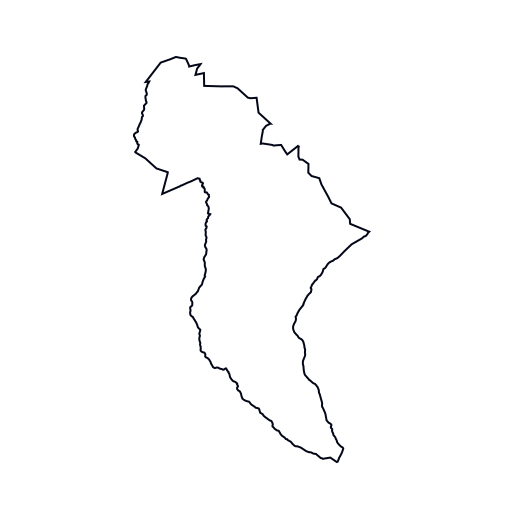 Bulilima, Matabeleland South, Zimbabwe, rotated 228°
{"feature_id": "62879985B39326733261715", "entity_name": "Bulilima", "entity_type": "district", "adm_level": 2, "iso_a3": "ZWE", "parent_name": "Zimbabwe", "parent_adm1": "Matabeleland South", "projection": "robinson", "projection_center": [27.403, -20.155], "detail": "fine", "context": "isolated", "style": "outline", "palette": "ink", "viewbox_px": 512, "rotation_deg": 228, "n_neighbors": 0, "source": "geoboundaries", "source_scale": "gbopen_adm2", "svg_char_len": 6097}
<svg xmlns="http://www.w3.org/2000/svg" viewBox="0 0 512 512"><g transform="rotate(228 256 256)"><path d="M413.4,235.8L402.6,239.1L387.7,240.6L377.3,246.5L376.6,245.7L364.9,227.8L358.7,246.2L358.6,247.2L358.1,248.2L356.3,254.1L355.0,257.5L352.9,264.6L351.2,265.8L350.2,265.1L349.4,265.2L348.6,264.4L347.5,264.6L346.4,265.3L345.6,265.3L345.3,264.9L344.7,263.2L343.7,262.5L343.3,262.6L342.9,263.3L342.7,263.4L341.9,262.7L341.2,263.0L340.6,262.9L339.3,262.1L338.7,261.4L337.7,260.7L337.2,260.9L336.5,261.7L335.9,262.0L334.2,261.6L332.9,261.9L332.4,261.2L331.4,260.8L331.2,260.4L330.8,258.4L330.0,256.8L329.9,255.7L329.5,254.9L327.1,254.2L326.4,253.6L325.6,253.8L324.6,253.7L323.1,252.9L322.5,252.3L320.3,249.4L319.7,248.8L319.3,248.9L318.6,249.5L317.7,250.0L317.5,249.4L317.5,248.2L317.3,247.7L317.3,247.1L317.0,246.5L316.3,245.8L316.2,244.5L316.0,243.8L315.7,243.5L315.7,243.3L314.5,242.7L314.4,242.3L314.5,241.5L313.7,240.1L313.1,239.5L312.1,238.8L311.3,239.1L310.8,239.0L309.9,237.7L309.6,236.4L309.4,235.9L307.5,234.8L305.1,232.4L303.2,231.8L302.6,231.4L301.6,229.8L300.0,228.6L298.4,225.4L296.7,224.3L294.6,224.0L293.0,222.9L292.2,221.7L291.3,220.9L290.6,219.9L289.7,216.6L288.6,214.9L288.1,214.6L286.0,213.9L285.1,213.3L282.9,211.3L279.8,209.9L278.7,208.9L277.7,207.6L275.9,204.9L275.6,204.6L274.8,204.5L273.9,201.7L272.5,199.0L271.1,197.0L270.9,196.1L270.6,193.2L270.4,192.4L268.6,189.0L268.6,187.8L268.2,186.1L268.3,183.2L268.5,182.1L268.2,180.1L267.4,178.9L266.7,178.2L265.0,178.0L264.2,177.7L262.2,175.8L261.9,175.1L262.0,173.2L261.6,172.4L259.1,170.7L258.3,169.4L256.9,168.3L256.2,167.9L255.0,167.8L253.6,168.0L253.1,168.3L252.6,168.2L252.1,168.1L251.8,167.9L249.0,167.5L245.8,166.8L243.9,166.1L241.9,165.1L239.9,165.1L238.6,165.3L238.1,164.9L236.2,161.9L235.6,161.5L234.4,161.1L233.9,160.5L233.3,159.4L232.2,158.3L230.8,157.3L228.7,156.5L228.0,155.5L226.8,154.6L225.7,154.3L224.8,153.4L224.1,153.0L223.3,151.9L222.5,151.5L220.7,151.7L218.7,153.0L216.9,152.6L215.3,151.0L214.4,150.9L212.7,151.7L210.6,151.9L207.6,151.3L206.2,150.6L203.6,150.1L202.3,149.7L200.6,150.2L200.2,150.5L199.2,152.5L198.2,153.2L196.2,153.9L194.6,155.1L193.6,155.4L193.1,156.1L192.9,157.8L192.6,158.5L192.0,158.5L190.2,158.0L188.3,157.9L188.3,157.7L186.0,157.2L183.4,155.7L180.6,155.2L178.2,155.3L176.5,156.3L173.9,156.7L173.7,156.6L173.1,155.9L172.1,155.8L171.2,155.4L170.6,153.5L169.4,152.9L168.1,152.8L166.4,153.4L165.0,153.1L163.5,152.6L161.4,151.4L159.2,150.5L158.0,150.6L156.1,151.1L154.0,152.2L152.6,153.2L152.0,153.4L149.8,153.1L148.5,153.2L144.5,154.2L143.6,154.2L140.9,156.0L140.5,156.0L139.5,155.6L136.9,154.3L136.3,154.3L135.5,154.7L134.0,155.1L132.1,154.8L130.4,155.0L128.6,155.4L124.9,156.1L123.4,156.9L121.8,156.8L119.9,156.0L119.5,155.7L118.9,154.7L118.2,154.2L116.7,154.4L115.5,154.2L112.5,154.8L110.9,155.9L108.7,155.5L107.9,155.2L105.3,155.0L102.7,155.6L101.4,155.8L100.1,155.7L99.4,156.1L98.9,156.6L98.0,156.4L94.9,157.5L93.6,157.6L92.7,157.4L92.0,157.4L89.0,157.7L87.9,158.3L86.8,159.5L85.1,160.3L83.7,161.1L77.5,162.7L74.9,164.0L73.4,165.4L70.6,166.5L68.8,168.1L62.5,168.9L61.8,169.6L60.6,169.9L56.5,176.3L48.8,178.2L48.5,179.0L48.7,179.6L50.3,182.6L52.0,187.4L53.1,189.6L54.6,192.1L54.8,192.2L56.0,192.2L57.3,191.7L59.7,191.5L61.6,191.5L63.3,191.7L65.0,192.6L66.6,192.9L67.1,193.2L68.5,193.6L69.6,193.7L70.6,193.7L71.3,193.8L72.5,194.6L74.0,195.0L75.4,195.6L76.1,196.6L76.5,196.8L78.3,196.8L78.8,197.1L79.7,198.7L80.4,199.2L82.4,198.9L83.5,198.4L86.7,198.5L91.8,201.7L93.6,202.5L98.2,204.0L99.8,204.3L100.5,204.8L102.3,206.6L103.1,207.1L111.0,211.0L111.9,211.2L113.1,211.9L114.1,212.8L117.1,214.0L118.7,214.1L119.3,214.3L120.5,214.2L121.4,214.3L123.0,213.5L124.1,213.3L127.1,213.0L128.5,212.6L130.0,212.8L131.2,212.7L132.3,212.8L134.8,212.8L136.2,213.3L138.9,214.9L142.5,217.6L144.5,218.6L146.6,220.7L148.8,225.2L149.7,226.5L151.8,228.0L153.3,229.7L155.7,230.9L157.5,232.2L160.7,233.8L162.0,234.1L163.6,234.1L166.0,233.2L167.4,233.2L169.2,233.6L170.5,233.4L173.7,233.5L174.9,233.9L177.1,234.9L178.8,236.4L180.1,238.8L181.1,241.8L182.6,243.8L184.2,244.6L184.5,245.1L184.6,246.4L185.7,248.5L187.0,252.3L187.9,258.2L188.4,259.0L188.6,259.0L188.8,259.7L189.3,260.5L190.7,263.7L192.1,267.9L192.1,268.7L192.3,269.7L192.4,272.6L192.8,273.2L194.1,274.9L194.6,275.1L195.3,275.1L195.7,275.3L196.7,277.7L197.2,278.3L197.3,279.6L198.1,283.5L197.9,283.7L197.9,285.7L198.7,287.3L198.9,287.8L198.9,288.2L198.4,289.9L198.5,291.5L199.3,294.2L200.0,295.6L200.7,296.6L201.2,297.5L200.8,299.4L200.9,299.9L202.0,303.9L202.1,306.2L201.6,308.4L201.0,309.8L200.9,310.9L201.0,312.2L200.2,314.3L200.0,315.3L199.9,318.0L200.4,325.0L200.7,335.0L198.2,346.5L198.2,349.4L197.6,350.4L197.4,351.4L197.8,353.6L198.3,354.8L198.3,356.4L216.9,347.5L220.6,350.3L235.0,351.6L244.6,347.3L251.7,349.3L265.3,352.5L271.5,355.1L278.3,350.8L282.9,350.6L289.3,356.6L296.5,355.0L298.5,352.9L301.5,354.0L307.9,359.9L308.7,361.0L309.0,360.8L309.7,360.8L310.6,347.2L314.0,347.6L321.7,349.0L325.2,344.5L326.0,343.2L327.8,342.3L335.1,336.3L336.2,334.6L340.8,340.1L344.2,344.6L345.1,345.3L346.0,350.6L344.8,355.2L344.6,355.4L360.8,353.8L373.2,362.3L376.9,357.5L379.1,355.9L392.2,354.6L393.0,354.5L396.8,352.9L397.8,352.1L405.2,343.8L417.1,331.3L426.8,339.7L431.1,332.2L434.7,337.7L435.5,342.4L435.7,343.2L438.7,338.3L441.5,333.1L442.9,333.9L449.3,335.9L449.8,335.8L454.6,331.8L457.5,329.7L459.5,324.1L463.5,314.6L459.1,290.5L457.1,293.4L456.5,291.9L456.2,290.3L455.4,289.3L453.5,285.6L453.1,285.1L452.3,284.6L450.8,284.1L449.4,283.2L448.9,282.6L448.9,281.0L448.1,280.1L445.2,278.2L443.6,277.6L443.0,277.0L442.7,273.5L442.5,273.1L440.4,271.6L439.5,270.5L439.2,268.3L439.0,267.5L438.4,266.8L436.9,266.4L436.0,265.9L435.7,265.6L435.5,264.1L433.8,262.2L432.1,258.8L432.0,258.2L430.2,254.4L429.8,253.3L428.9,252.3L427.7,251.8L427.5,251.6L427.4,250.9L428.1,248.9L428.0,246.9L427.8,246.5L427.2,245.9L426.4,245.4L425.0,245.3L423.8,244.6L422.4,244.4L421.5,243.8L421.1,243.8L420.7,244.2L420.2,244.2L419.3,243.2L418.5,242.9L418.0,242.9L417.4,243.3L417.0,243.3L415.0,240.0L414.1,235.8L413.4,235.8Z" fill="none" stroke="#020617" stroke-width="2"/></g></svg>